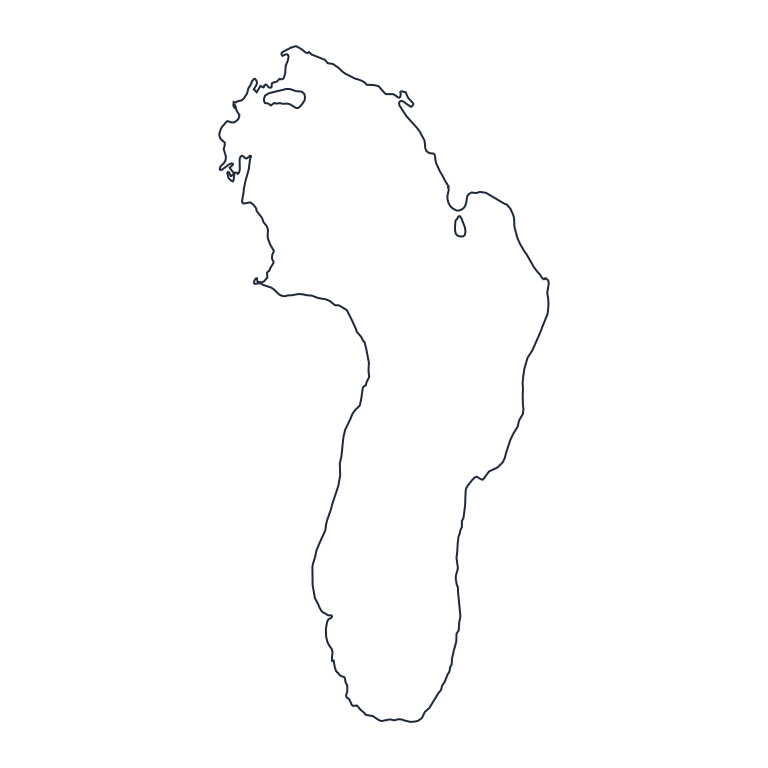 outline of Lago de Yojoa, Cortés, Honduras
{"feature_id": "27666195B21921991690225", "entity_name": "Lago de Yojoa", "entity_type": "district", "adm_level": 2, "iso_a3": "HND", "parent_name": "Honduras", "parent_adm1": "Cortés", "projection": "equal_earth", "projection_center": [-88.001, 14.865], "detail": "fine", "context": "isolated", "style": "outline", "palette": "slate", "viewbox_px": 768, "rotation_deg": 0, "n_neighbors": 0, "source": "geoboundaries", "source_scale": "gbopen_adm2", "svg_char_len": 6045}
<svg xmlns="http://www.w3.org/2000/svg" viewBox="0 0 768 768"><path d="M449.0,672.5L449.6,670.8L450.1,667.4L451.7,664.3L452.0,658.7L453.5,651.8L456.3,641.4L456.5,633.9L458.8,629.9L459.2,622.5L460.4,616.3L458.0,591.6L457.9,587.5L456.7,584.5L455.7,578.4L456.0,575.1L457.5,570.0L457.9,567.9L456.5,558.0L457.3,550.9L457.7,543.4L458.5,536.6L459.8,533.5L460.6,529.4L461.9,527.2L461.9,520.9L463.3,518.4L463.7,516.3L465.1,505.2L465.6,491.6L466.0,488.7L467.8,485.5L472.7,479.4L474.8,477.4L476.7,476.7L481.5,479.5L483.0,479.6L489.1,471.4L497.3,467.6L502.6,462.5L504.8,458.0L506.2,452.5L510.4,439.7L513.5,433.3L517.7,426.6L519.0,420.6L522.9,413.9L523.4,409.5L522.9,404.2L522.7,394.0L523.0,389.5L522.6,383.5L523.1,377.5L524.3,369.0L527.5,357.9L532.5,350.1L540.7,331.4L542.0,327.6L547.6,313.9L548.5,305.1L548.2,298.8L547.2,292.9L548.7,284.2L548.6,281.5L547.8,280.0L545.8,278.2L545.2,278.2L544.8,279.1L543.9,279.3L542.0,278.0L540.3,274.9L537.2,271.6L534.0,267.3L526.5,254.2L524.6,251.8L520.1,244.1L517.4,238.0L514.6,227.7L514.3,225.2L514.2,219.4L513.4,215.4L510.5,208.9L507.2,204.9L504.4,203.7L485.9,192.8L479.7,191.9L476.3,193.1L471.5,192.5L468.6,194.3L467.3,196.1L466.1,203.1L465.2,205.8L463.7,208.0L461.6,209.6L458.5,210.6L456.6,210.5L453.1,208.7L450.3,206.3L448.3,202.5L447.4,198.4L447.5,195.4L448.7,190.1L448.6,188.7L447.9,187.3L448.1,186.9L448.6,187.0L448.7,186.6L444.6,180.0L442.6,175.9L439.7,171.0L436.2,163.3L435.3,159.5L435.0,155.9L434.5,154.4L433.7,153.6L429.2,153.1L426.3,150.9L425.2,147.9L424.9,143.5L424.3,140.1L419.7,131.6L417.8,128.8L406.6,116.4L399.5,105.6L399.1,103.7L399.3,102.3L399.9,101.4L400.9,100.9L402.3,101.1L403.8,101.9L410.5,106.7L411.9,106.5L413.0,105.0L413.3,103.9L413.0,103.1L408.1,97.8L405.5,92.0L403.8,91.9L402.2,91.2L400.6,91.7L400.3,92.4L400.7,93.9L400.5,95.8L400.0,97.2L399.3,97.7L397.7,97.2L395.0,95.1L392.8,94.1L386.0,94.1L384.8,93.3L378.5,86.1L373.6,85.0L366.9,84.8L364.8,82.6L362.3,81.1L358.5,79.5L355.0,78.6L345.2,73.6L342.8,71.9L338.2,67.6L332.9,64.0L327.7,63.2L324.9,59.8L311.5,54.5L309.0,52.0L307.7,53.0L305.8,52.6L300.8,48.7L296.0,46.1L291.0,47.6L282.3,52.2L281.5,53.3L281.6,54.8L282.5,55.9L285.3,54.5L287.0,54.3L288.1,55.1L288.6,56.5L287.8,60.7L285.7,65.8L285.2,73.3L284.1,77.1L283.3,78.7L281.6,79.4L279.6,78.8L276.9,81.6L272.3,82.9L271.8,83.7L271.6,87.0L270.8,87.7L268.7,87.4L267.0,85.2L265.8,84.5L264.3,85.5L264.1,86.7L263.4,87.4L260.4,86.0L256.7,92.2L253.8,89.3L256.4,85.1L257.0,82.5L256.4,80.4L254.8,78.8L254.2,78.8L252.2,80.9L250.6,85.0L248.4,88.2L247.1,93.4L243.9,98.4L241.5,100.4L237.0,101.5L235.7,102.5L233.7,101.9L233.4,104.9L233.7,106.6L234.1,107.1L234.6,105.0L235.3,105.6L236.1,109.2L237.3,111.8L239.4,115.0L239.1,116.9L238.6,118.5L237.4,120.1L234.0,122.5L230.3,122.2L228.0,121.1L226.9,121.3L221.9,127.0L220.7,129.3L219.3,133.8L219.4,135.8L220.0,137.6L221.0,139.4L224.8,142.6L224.6,145.8L223.7,149.1L225.9,156.5L225.6,159.8L225.1,161.2L223.7,163.4L220.5,166.4L219.7,169.2L220.3,170.0L222.0,169.7L229.3,164.2L231.5,163.4L232.8,163.7L233.0,164.3L232.6,165.1L229.6,167.8L233.2,172.3L233.8,173.5L233.7,174.4L232.3,175.0L231.8,175.8L231.1,176.1L230.5,175.7L229.6,173.3L228.6,171.9L227.8,172.0L227.3,173.3L228.6,178.1L230.8,180.4L232.9,181.4L233.6,180.1L234.5,172.7L236.8,172.7L237.7,173.9L238.7,173.1L239.2,172.0L239.8,169.3L239.6,160.0L239.9,158.2L240.6,156.7L241.6,155.9L242.6,155.9L243.8,156.7L244.9,158.0L246.1,158.5L247.5,157.9L249.9,155.8L251.0,156.1L250.9,157.1L250.3,158.2L250.0,159.6L248.7,169.6L245.8,179.7L243.8,188.7L243.6,192.3L242.1,200.7L242.2,202.1L242.8,203.1L243.9,203.6L249.7,202.4L250.7,202.6L252.8,204.2L255.5,207.3L256.2,208.6L256.4,210.2L256.9,211.3L262.0,217.9L263.5,222.1L266.6,226.0L267.3,227.6L268.0,229.8L267.6,235.3L267.9,238.5L270.1,244.4L273.8,250.8L273.5,252.2L272.3,254.5L272.0,257.6L272.1,259.1L273.5,261.7L273.5,262.8L270.2,268.3L269.2,270.9L267.7,271.8L267.0,272.9L267.3,277.3L267.1,277.9L263.9,281.5L261.7,282.3L257.8,281.9L257.4,281.1L256.9,278.3L256.3,278.2L255.2,279.3L254.1,281.3L254.0,282.5L254.4,283.6L255.0,283.9L260.0,283.1L263.4,285.0L271.2,287.6L273.6,289.2L279.3,294.6L282.5,296.0L285.1,296.2L287.8,295.4L291.4,295.3L298.6,294.0L303.2,294.4L307.2,295.3L311.7,295.6L318.4,298.1L325.8,299.3L329.9,301.1L335.0,305.2L338.3,305.3L339.8,305.8L346.4,309.9L347.2,310.8L352.0,320.4L356.1,329.5L356.8,331.8L360.9,336.5L362.2,338.6L363.1,340.8L364.5,341.9L366.4,349.6L368.9,362.7L368.5,370.8L369.2,377.0L366.6,382.0L365.9,385.3L364.3,386.0L363.1,387.4L362.5,389.7L361.3,398.4L359.8,405.5L355.4,409.8L352.6,413.5L350.4,419.0L345.1,429.9L343.4,437.3L341.4,456.4L339.8,463.6L340.2,475.3L338.3,485.9L332.2,504.4L330.9,509.5L327.2,520.0L326.1,524.3L325.4,530.1L319.6,542.9L316.5,550.4L315.0,557.4L313.0,563.6L312.4,567.0L312.6,584.9L314.9,598.1L318.1,604.1L319.5,607.6L321.4,610.9L323.0,612.5L324.7,613.1L328.0,615.3L331.5,615.4L332.0,616.5L331.4,617.6L330.2,618.5L328.6,619.1L327.2,621.6L325.9,628.6L326.1,636.4L327.2,641.3L328.8,644.9L331.9,649.3L332.6,652.3L331.9,657.5L332.1,660.9L333.6,660.5L334.9,667.8L336.1,671.0L337.2,672.4L338.3,673.0L339.0,674.4L340.3,675.7L344.4,677.2L345.1,679.4L345.4,681.7L346.2,683.8L346.9,684.5L347.3,686.7L347.2,691.7L346.0,695.7L346.6,697.2L347.5,698.1L348.5,698.5L349.6,700.1L351.8,704.9L352.9,705.9L356.9,705.5L360.7,709.9L364.4,713.0L365.6,714.8L372.8,716.1L378.7,720.0L381.3,721.1L390.1,719.4L394.2,720.3L398.6,719.2L402.0,719.5L404.1,720.4L410.5,721.9L414.7,721.6L418.1,720.8L421.9,718.1L424.8,712.0L429.2,708.2L438.4,693.2L440.7,690.3L441.2,689.4L442.1,685.7L444.8,681.6L447.8,674.0L449.0,672.5ZM298.0,108.1L295.9,107.9L289.6,104.1L287.2,103.6L282.4,103.8L280.3,103.1L276.2,103.6L274.4,102.9L270.7,105.5L269.2,104.1L267.7,103.4L265.1,103.1L264.1,101.2L264.0,98.6L265.2,95.5L269.0,93.2L286.2,89.0L289.8,89.0L295.9,91.1L301.9,91.7L304.4,94.1L305.0,97.0L304.7,99.9L302.8,103.2L300.1,106.5L298.0,108.1ZM462.8,236.5L459.8,236.4L457.3,235.5L455.7,233.6L455.0,230.1L455.1,225.7L455.5,220.5L456.7,219.5L458.4,216.5L459.8,216.1L461.3,218.0L464.9,227.3L465.5,231.7L464.7,235.2L462.8,236.5Z" fill="none" stroke="#1e293b" stroke-width="2"/></svg>